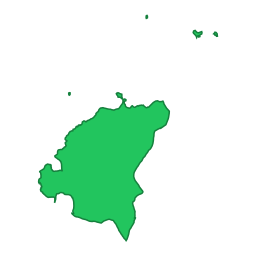 outline of Ilemela, Mwanza, United Republic of Tanzania
{"feature_id": "72390352B90588253427027", "entity_name": "Ilemela", "entity_type": "district", "adm_level": 2, "iso_a3": "TZA", "parent_name": "United Republic of Tanzania", "parent_adm1": "Mwanza", "projection": "natural_earth1", "projection_center": [32.955, -2.41], "detail": "fine", "context": "isolated", "style": "filled", "palette": "green", "viewbox_px": 256, "rotation_deg": 0, "n_neighbors": 0, "source": "geoboundaries", "source_scale": "gbopen_adm2", "svg_char_len": 5758}
<svg xmlns="http://www.w3.org/2000/svg" viewBox="0 0 256 256"><path d="M169.3,111.2L166.5,108.1L164.0,104.0L163.5,102.2L162.9,101.1L161.5,101.6L159.4,101.7L157.6,100.8L155.6,101.1L153.3,102.5L148.6,107.2L147.7,107.1L147.1,107.6L146.2,107.7L144.4,106.4L143.2,105.1L142.5,105.4L141.3,105.1L140.2,105.4L139.1,105.5L138.3,106.1L137.4,105.8L135.0,107.3L134.1,107.2L133.2,106.7L132.4,105.8L131.6,106.1L130.8,107.2L130.7,107.6L129.3,108.2L126.7,107.4L125.5,106.3L125.3,104.8L124.4,103.6L124.2,102.5L124.2,101.3L124.8,101.2L125.9,100.7L125.9,99.6L124.7,99.0L123.7,99.3L122.9,99.8L123.0,101.6L122.7,102.9L122.1,104.1L121.2,105.2L120.0,107.0L118.7,108.7L116.9,109.0L115.5,109.4L113.9,110.2L113.6,110.0L112.0,109.8L110.3,109.2L109.3,109.2L107.5,108.9L105.8,108.4L104.3,108.1L102.9,107.7L100.4,108.1L99.3,109.2L98.6,110.3L98.4,111.4L97.1,112.3L96.5,113.1L96.0,113.4L96.0,114.4L95.8,114.9L95.4,115.4L94.3,116.5L93.9,117.2L93.6,117.4L93.3,117.8L92.9,117.9L92.2,118.5L90.8,118.9L90.3,119.4L88.3,120.4L87.6,120.5L86.7,121.2L86.5,121.6L86.1,121.7L85.9,121.8L84.6,121.0L83.6,121.0L83.3,121.4L82.4,121.9L82.0,124.0L81.7,124.2L81.3,124.8L80.6,124.8L80.4,125.3L80.1,125.4L79.7,125.4L79.4,125.0L79.1,124.9L78.9,125.2L78.4,125.3L78.1,125.5L77.9,126.6L77.7,126.8L76.4,126.4L76.1,126.7L75.9,127.4L75.7,127.9L75.1,128.5L74.8,128.9L73.1,129.3L72.8,130.8L71.6,130.9L71.1,131.2L70.1,131.5L70.0,131.9L69.5,132.2L69.0,132.9L68.4,134.3L68.3,134.7L67.0,135.5L66.5,136.0L66.4,136.5L66.1,137.1L65.3,137.9L65.1,139.2L65.4,139.7L66.1,140.3L66.8,140.6L66.9,140.9L66.6,141.4L65.3,142.6L65.2,143.0L65.4,143.8L65.7,144.0L65.6,144.6L66.1,145.7L65.4,146.7L64.9,147.0L64.5,147.0L64.0,147.5L63.6,148.3L63.3,148.5L62.9,148.5L62.1,149.5L60.7,149.5L59.6,149.7L58.8,149.8L58.1,150.2L57.7,151.1L57.5,152.2L57.6,153.4L57.2,154.3L55.4,155.5L54.8,156.0L54.9,156.3L55.1,156.9L55.4,157.0L55.5,157.3L57.0,158.3L57.6,158.9L59.4,160.0L60.2,161.0L60.7,161.4L61.5,163.9L61.8,169.3L62.2,170.7L62.0,170.8L61.6,170.5L60.5,170.4L60.4,170.3L59.8,170.3L58.5,170.8L57.9,171.0L57.5,170.9L57.0,171.1L55.5,171.1L54.7,171.3L53.4,171.3L53.1,171.1L52.8,170.6L52.4,170.5L52.2,169.9L51.8,169.7L51.6,169.1L51.2,168.4L51.2,167.9L51.3,167.4L51.1,167.2L50.9,166.9L51.1,166.3L50.9,166.1L51.1,165.7L50.8,165.4L50.9,164.9L50.6,164.6L49.4,164.7L49.2,164.4L48.3,164.3L47.9,164.1L47.6,164.1L47.2,164.2L47.0,164.4L46.5,164.7L46.2,164.7L46.1,165.0L45.8,165.3L45.3,165.5L45.0,166.0L44.4,167.7L43.7,169.0L42.4,169.6L41.8,170.2L41.2,170.4L41.0,170.6L40.4,170.9L39.7,171.6L39.7,171.8L40.5,172.6L40.8,173.3L40.8,174.2L41.1,175.0L40.9,176.0L41.0,176.8L41.0,177.7L39.0,179.3L38.9,179.8L38.9,180.1L38.7,180.5L38.8,180.9L38.8,181.2L38.6,181.5L38.7,182.0L38.7,182.5L39.1,183.2L39.2,182.8L39.6,182.5L40.0,182.6L40.9,184.1L41.0,184.5L40.9,184.7L41.4,185.4L41.2,185.9L41.8,186.4L41.8,186.8L41.5,187.4L41.4,188.1L41.2,188.2L40.9,188.1L40.8,189.1L40.5,189.3L40.7,189.8L40.6,190.2L40.7,190.6L40.9,190.7L41.0,191.3L41.3,191.6L42.4,192.0L42.7,192.3L42.6,192.8L43.0,193.3L43.7,193.8L43.9,194.2L44.2,194.3L46.4,196.4L48.0,197.3L48.4,197.4L48.9,197.3L49.2,197.1L50.0,197.3L51.1,197.0L51.8,197.2L53.2,197.0L53.5,197.0L54.7,197.7L54.9,198.4L54.8,198.8L54.8,200.7L54.5,202.7L54.8,202.3L55.7,199.2L55.8,196.3L56.5,194.3L56.7,193.8L57.1,193.8L58.7,193.6L60.3,192.6L61.1,192.5L63.3,193.0L63.7,193.2L64.1,193.9L65.1,194.5L65.4,194.4L66.7,194.6L68.5,194.6L70.3,195.2L71.1,195.9L71.5,196.4L72.3,197.9L72.6,197.8L73.3,200.0L73.7,201.8L73.9,206.0L73.7,208.4L72.8,211.0L73.0,212.0L73.7,213.3L73.6,213.5L73.3,213.7L72.9,213.7L71.9,213.3L71.9,213.6L72.3,214.0L74.0,215.6L75.3,216.5L76.8,216.9L77.9,217.0L80.1,217.7L82.4,218.8L84.8,219.4L85.6,219.5L86.3,219.9L87.4,220.2L88.2,220.7L90.0,221.3L91.9,221.5L91.9,221.4L92.9,221.3L94.2,221.3L95.5,221.5L96.8,222.0L101.0,223.0L101.3,223.0L103.7,221.1L107.0,219.8L108.6,219.3L109.7,219.3L111.4,220.0L113.1,220.4L113.6,220.9L114.7,222.6L116.0,224.2L117.5,227.4L118.4,228.8L118.4,229.0L118.7,230.1L119.5,231.4L120.4,232.7L121.3,234.3L122.0,235.1L122.6,236.2L123.5,237.3L124.2,238.5L125.4,239.5L126.1,240.6L127.0,239.2L127.8,236.9L128.6,234.4L129.4,230.3L130.0,229.1L130.6,228.5L131.6,226.6L132.6,225.0L134.0,222.5L134.1,220.8L135.4,218.1L135.4,217.8L134.5,217.8L135.0,216.3L134.9,213.9L134.9,212.3L135.1,211.9L134.6,210.2L134.0,208.5L133.7,207.1L133.1,205.6L132.6,203.3L133.0,201.8L134.0,201.2L134.8,199.8L134.8,198.7L135.1,197.9L136.6,196.2L137.4,195.5L139.3,194.4L140.3,194.1L141.7,193.5L142.3,193.0L142.9,192.0L142.8,191.3L139.3,186.7L138.8,185.4L135.1,180.5L134.2,178.3L133.7,176.5L133.8,174.1L134.2,172.3L135.5,169.9L137.2,167.0L137.8,166.4L139.5,163.5L140.4,162.2L141.2,161.5L141.9,160.7L143.0,158.4L143.4,157.7L144.8,156.5L146.2,154.0L147.0,153.1L147.9,151.8L148.5,150.4L150.2,149.1L150.8,148.3L152.1,145.9L152.9,143.4L153.4,140.2L153.5,137.9L153.9,136.0L154.0,133.6L154.5,131.7L155.0,130.9L158.3,129.0L161.2,127.7L161.2,128.0L165.9,124.7L168.2,118.8L168.6,117.2L169.2,113.3L169.3,111.2ZM196.9,32.4L195.1,30.4L193.6,31.0L193.2,32.6L193.6,33.3L195.9,35.7L196.3,36.5L196.7,37.6L197.3,36.3L197.8,35.9L198.5,35.7L198.8,37.0L199.9,36.6L199.7,35.4L200.4,34.6L201.7,34.0L202.0,32.7L201.7,31.6L199.7,32.3L198.7,32.8L196.9,32.4ZM119.1,93.1L117.9,92.7L117.3,93.2L116.8,93.1L116.3,93.7L116.8,94.8L117.7,95.9L118.1,97.2L119.8,97.2L120.7,97.6L121.8,98.7L122.4,98.5L121.8,96.7L121.9,96.1L121.8,94.2L119.7,93.6L119.1,93.1ZM217.1,33.7L216.0,32.4L214.9,32.2L214.7,32.7L213.8,33.7L214.4,33.8L214.3,34.3L214.7,34.5L215.0,35.2L215.5,35.1L216.0,35.4L216.5,36.3L217.4,36.2L217.1,33.7ZM146.3,18.4L147.4,17.9L147.5,16.9L147.4,16.0L147.0,15.4L146.3,15.7L146.1,16.8L146.1,17.9L146.3,18.4ZM69.3,95.2L69.9,94.8L70.1,94.3L70.1,92.8L69.8,92.7L69.3,92.7L68.7,93.0L68.7,93.8L68.8,94.5L68.9,94.9L69.3,95.2Z" fill="#22c55e" stroke="#15803d" stroke-width="1.5"/></svg>